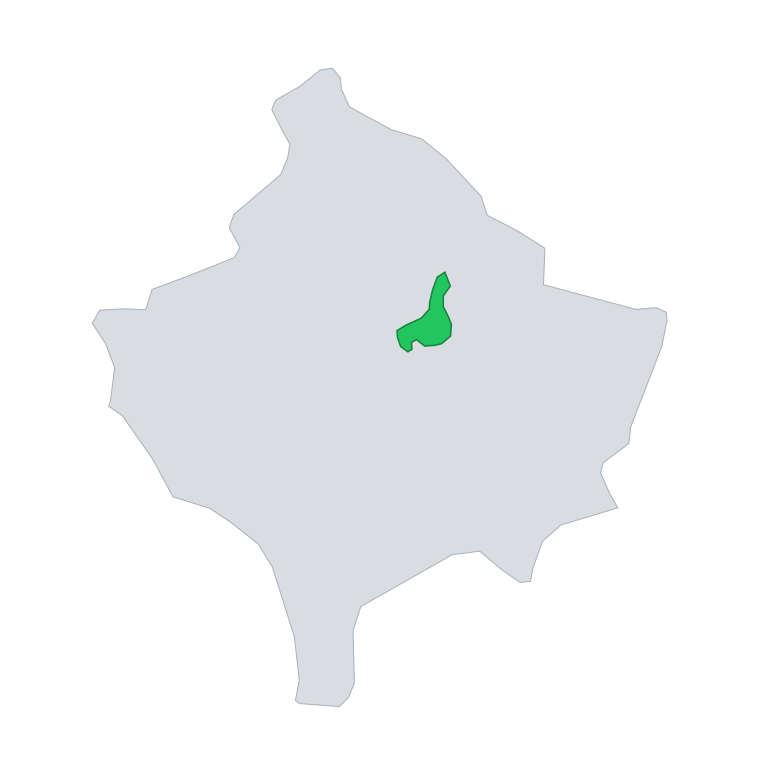 where Obilić sits in Kosovo, rotated 356°
{"feature_id": "KOS-5900", "entity_name": "Obilić", "entity_type": "District", "adm_level": 1, "iso_a3": "XKX", "parent_name": "Kosovo", "parent_adm1": "", "projection": "orthographic", "projection_center": [21.04, 42.71], "detail": "fine", "context": "in_parent", "style": "filled", "palette": "green", "viewbox_px": 768, "rotation_deg": 356, "n_neighbors": 0, "source": "natural_earth", "source_scale": "10m", "svg_char_len": 1390}
<svg xmlns="http://www.w3.org/2000/svg" viewBox="0 0 768 768"><g transform="rotate(356 384 384)"><path d="M202.3,260.7L243.7,247.4L249.8,237.9L240.5,217.2L246.1,204.3L295.6,167.9L303.8,151.3L306.9,138.2L300.3,124.3L291.2,102.5L295.7,93.4L321.3,80.9L342.1,66.4L354.4,65.3L362.0,75.8L362.0,86.7L368.8,105.1L384.1,115.0L409.5,131.1L439.0,142.2L462.2,164.2L493.9,203.5L498.8,222.9L527.4,240.3L554.0,259.8L550.0,296.1L640.7,327.2L661.1,326.8L670.8,332.3L670.7,340.6L663.7,366.0L627.0,444.3L624.1,460.5L597.4,477.7L593.8,487.5L601.5,509.0L608.6,524.0L608.0,524.0L550.7,536.9L531.3,551.8L519.9,577.6L516.3,591.1L506.1,591.5L489.2,578.2L467.8,557.4L440.0,559.1L345.3,604.4L335.9,628.2L333.6,679.9L327.1,693.8L316.9,702.7L277.7,696.9L273.6,693.5L278.8,673.7L277.0,630.3L259.8,558.5L247.4,534.9L221.6,511.4L201.6,495.9L165.7,481.9L147.7,442.3L120.7,397.3L107.7,386.9L109.8,382.5L116.5,348.8L109.0,324.1L97.2,303.1L105.6,290.5L130.7,290.9L151.5,293.4L159.2,273.5L202.3,260.7Z" fill="#d9dde1" stroke="#a8b0b8" stroke-width="1"/><path d="M452.5,276.7L454.5,282.8L457.0,290.9L449.4,300.2L448.5,310.7L452.8,321.1L455.4,329.3L453.7,340.9L444.3,347.8L437.4,349.0L427.2,349.0L419.5,342.0L414.4,344.4L414.3,351.3L410.1,353.6L403.2,347.8L400.7,338.5L400.7,331.6L410.3,326.7L425.8,320.9L434.4,312.5L435.2,305.9L438.8,294.1L444.5,281.2L452.5,276.7Z" fill="#22c55e" stroke="#15803d" stroke-width="1.5"/></g></svg>